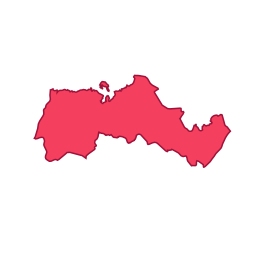 the border of Northern Ostrobothnia, rotated 56°
{"feature_id": "FIN-3180", "entity_name": "Northern Ostrobothnia", "entity_type": "Province", "adm_level": 1, "iso_a3": "FIN", "parent_name": "Finland", "parent_adm1": "", "projection": "orthographic", "projection_center": [26.371, 64.957], "detail": "fine", "context": "isolated", "style": "filled", "palette": "rose", "viewbox_px": 256, "rotation_deg": 56, "n_neighbors": 0, "source": "natural_earth", "source_scale": "10m", "svg_char_len": 5675}
<svg xmlns="http://www.w3.org/2000/svg" viewBox="0 0 256 256"><g transform="rotate(56 128 128)"><path d="M187.9,44.9L188.1,45.9L188.6,47.8L189.2,49.6L190.6,52.7L194.1,58.5L196.1,61.0L196.8,62.4L197.3,64.6L198.2,68.8L198.5,69.8L199.5,72.1L199.8,72.9L200.7,75.7L201.6,78.0L201.9,79.0L202.8,84.1L203.0,85.4L203.0,86.6L202.7,87.2L201.9,86.9L200.4,86.1L195.1,88.1L193.7,89.2L194.5,90.3L196.3,91.5L197.0,92.6L196.8,93.3L195.1,95.7L194.8,96.5L189.2,97.0L187.6,96.7L186.0,95.9L184.4,95.5L183.6,95.6L182.5,98.3L180.7,99.5L176.9,100.1L170.8,103.2L170.1,103.8L170.4,104.4L170.2,104.9L169.5,106.3L169.0,107.2L168.7,107.5L169.3,107.7L169.4,107.8L169.5,108.7L168.1,109.5L157.1,112.2L155.9,112.8L154.8,113.9L154.0,115.9L153.7,117.3L153.5,118.6L153.2,119.8L152.8,120.6L152.2,120.7L150.0,119.8L140.6,121.2L139.3,122.2L138.8,123.3L138.8,125.1L140.0,126.4L141.1,127.9L141.4,128.6L141.2,129.1L141.3,129.3L141.8,129.7L141.7,130.2L141.5,131.5L141.3,132.8L141.4,133.3L141.5,133.9L141.4,134.5L140.9,135.0L141.2,135.2L140.8,136.1L140.2,136.3L139.3,136.4L136.5,135.6L135.0,135.7L132.1,137.5L130.6,139.1L130.1,139.8L129.8,140.9L130.2,140.9L130.2,141.2L130.1,142.3L129.7,142.9L129.3,143.2L127.8,145.0L126.9,145.4L124.0,145.7L123.9,146.1L124.0,146.6L124.0,147.0L123.7,147.5L123.4,147.6L122.9,147.8L122.5,148.1L122.3,148.9L122.0,149.6L121.4,150.0L121.7,150.3L121.4,150.6L119.5,151.1L118.9,151.4L117.3,153.2L116.9,153.4L116.2,153.8L116.3,153.8L116.3,154.2L116.1,154.5L115.6,155.0L116.2,155.6L118.5,157.8L119.7,159.8L119.9,160.9L119.9,162.2L121.3,163.6L121.9,164.0L122.8,164.1L124.4,164.0L124.8,164.1L125.1,164.5L125.0,166.0L125.2,166.5L125.9,166.8L126.8,167.0L127.1,168.0L127.3,175.0L127.6,177.3L127.9,178.4L129.6,179.8L125.3,181.4L115.7,189.8L114.2,192.4L114.5,193.8L115.4,202.6L115.3,204.5L114.3,205.0L113.7,205.5L113.2,206.5L113.0,207.3L112.6,209.9L112.4,210.5L111.6,211.8L108.9,213.0L107.5,213.3L106.0,212.8L104.9,211.8L103.0,209.2L101.7,208.4L95.7,207.5L94.5,206.9L92.4,204.7L91.2,204.1L89.3,203.6L88.3,203.8L87.3,204.9L86.5,207.0L86.1,209.1L85.4,210.7L84.1,211.4L83.5,209.9L77.9,203.1L74.5,200.0L73.0,197.6L70.3,191.5L69.4,190.1L68.1,189.2L66.1,188.1L65.4,187.2L65.4,186.7L65.0,184.9L64.3,184.3L63.2,183.0L62.8,181.9L62.3,179.4L62.1,178.0L60.8,176.3L57.1,174.3L53.0,171.0L53.4,170.4L53.4,169.5L53.5,168.7L53.8,168.3L54.3,168.7L54.7,168.8L55.8,168.2L56.2,167.8L56.4,167.3L56.9,165.6L57.4,165.7L58.4,166.4L58.9,166.8L58.5,165.5L58.5,164.7L58.6,163.8L59.0,163.0L59.7,162.0L60.1,161.2L60.4,159.5L60.6,159.0L61.2,158.5L62.2,158.1L62.6,157.6L62.6,156.7L63.1,156.7L63.4,156.6L63.6,156.1L64.7,155.6L65.6,155.7L65.7,154.5L65.8,154.1L65.9,153.7L66.2,153.6L66.9,153.8L67.2,153.6L67.3,153.2L67.5,152.5L67.6,152.3L68.1,151.9L68.6,151.7L69.0,151.4L69.5,150.5L69.5,150.1L69.4,149.6L69.4,149.1L69.8,148.7L69.9,148.3L69.8,147.9L69.7,147.8L69.9,146.6L70.1,146.0L70.8,144.8L71.2,143.4L71.6,143.1L72.3,142.2L73.3,141.6L73.8,141.2L74.2,140.3L73.9,139.5L73.9,139.2L74.2,138.6L75.2,137.7L74.4,136.8L74.1,136.3L74.6,136.1L75.1,136.2L76.9,137.3L77.2,137.3L77.4,137.0L77.4,136.7L77.1,136.3L77.1,136.0L77.3,135.1L77.7,134.8L78.7,134.8L78.9,133.7L79.7,133.1L82.7,132.8L86.9,130.5L87.4,130.4L87.8,130.6L88.2,131.7L88.5,132.3L89.1,132.1L89.3,132.3L89.5,133.6L89.9,134.3L90.2,134.7L90.6,134.9L91.2,135.0L91.2,135.4L90.8,135.4L90.4,135.7L91.2,136.1L93.4,135.4L93.6,135.2L93.3,134.2L93.4,133.7L93.8,131.6L93.6,130.9L93.3,130.9L93.0,131.1L92.7,131.2L92.4,131.0L91.7,130.2L90.8,129.8L90.4,129.3L89.7,127.7L90.2,127.0L90.0,126.6L90.4,126.4L92.8,126.8L93.2,127.2L94.0,128.2L94.6,128.6L95.1,128.8L95.5,128.6L95.6,127.8L95.5,127.1L95.2,126.6L95.0,126.0L95.2,125.2L95.0,124.6L95.0,124.3L95.1,124.0L94.2,122.8L94.1,122.3L94.1,121.7L94.0,121.3L93.7,120.6L93.0,119.8L90.3,119.0L90.5,117.8L90.7,117.2L91.5,116.3L91.8,115.9L92.1,115.3L92.2,114.5L92.0,113.7L92.6,113.7L93.2,113.3L92.5,113.0L92.7,112.1L92.9,111.8L92.5,111.5L92.1,111.4L92.4,110.9L92.8,109.1L93.1,108.4L92.8,107.6L93.1,107.4L93.4,106.9L91.9,104.9L92.2,104.7L92.8,104.7L93.2,104.5L94.0,103.1L93.7,102.1L94.1,100.1L93.9,99.1L93.3,97.8L92.6,96.8L91.0,94.9L90.5,94.6L89.8,94.7L89.3,94.8L88.8,94.7L88.3,93.8L88.1,93.0L88.8,92.2L90.4,89.9L95.0,85.1L97.7,84.2L103.5,84.6L106.1,83.9L111.9,80.9L112.7,81.2L112.6,83.4L112.6,84.9L112.7,85.8L113.3,86.2L128.2,86.9L134.1,84.3L135.6,82.5L140.7,73.7L141.4,73.1L143.8,74.5L144.2,74.5L144.7,74.2L145.2,73.0L146.1,72.9L147.2,74.5L148.1,77.0L148.6,78.1L149.2,79.0L149.1,79.7L158.9,80.8L159.9,80.6L162.0,79.6L164.1,79.4L165.1,78.8L165.9,77.6L166.1,76.7L165.6,75.3L163.7,72.7L163.2,72.2L162.8,71.6L162.9,71.4L163.2,71.2L163.0,69.9L163.0,69.7L163.6,69.7L163.7,69.8L163.6,70.4L164.1,70.6L164.6,70.5L166.6,69.8L169.5,70.1L170.5,69.7L170.9,69.3L171.3,68.4L171.2,67.2L170.5,67.1L169.8,66.7L168.4,65.6L168.6,65.1L168.0,64.0L167.7,63.2L168.0,62.8L169.0,62.6L169.7,62.3L170.0,62.0L170.1,61.2L170.2,60.8L170.4,60.3L171.1,59.5L171.1,59.1L170.4,58.4L170.4,58.1L170.9,56.6L171.0,56.3L170.6,56.1L170.6,55.6L170.3,55.3L170.0,55.3L169.4,55.4L168.6,55.8L168.3,55.8L168.4,55.2L167.5,54.7L166.6,53.9L166.0,52.5L165.8,50.6L166.0,49.3L166.4,48.3L166.8,47.5L167.2,47.0L167.5,46.9L168.2,46.9L168.5,46.6L168.6,45.9L168.7,43.7L168.8,43.4L169.8,42.7L179.6,46.0L180.7,46.0L182.6,45.2L187.9,44.9ZM85.2,122.7L86.1,122.6L86.8,123.4L86.0,123.9L84.4,123.8L82.4,123.2L81.1,123.3L80.6,124.3L78.7,125.4L79.4,127.0L80.8,126.8L81.2,127.2L80.9,127.5L80.1,127.5L79.8,127.7L79.6,128.1L79.4,128.3L79.0,128.4L78.5,128.3L78.2,127.9L78.4,127.1L78.1,126.4L77.8,125.8L77.2,127.1L76.6,127.4L75.8,126.0L75.4,125.0L75.1,123.5L75.6,122.8L77.3,121.1L79.3,121.0L81.5,120.4L82.6,120.9L82.9,121.7L82.4,122.1L82.6,122.4L83.1,122.4L85.2,122.7Z" fill="#f43f5e" stroke="#9f1239" stroke-width="1.5"/></g></svg>